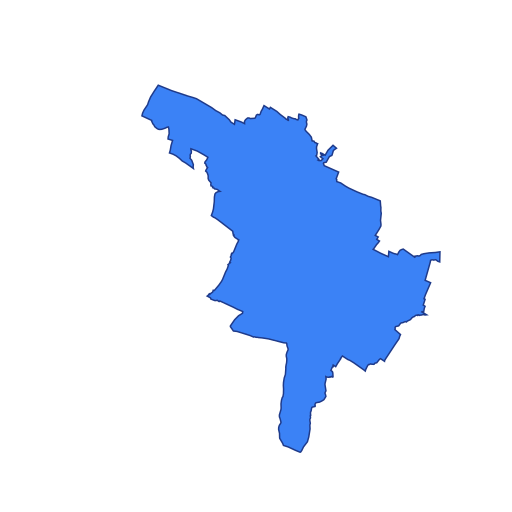 the district of Glavanesti, Bacau, Romania, rotated 213°
{"feature_id": "2599482B83875857219872", "entity_name": "Glavanesti", "entity_type": "district", "adm_level": 2, "iso_a3": "ROU", "parent_name": "Romania", "parent_adm1": "Bacau", "projection": "robinson", "projection_center": [27.377, 46.271], "detail": "fine", "context": "isolated", "style": "filled", "palette": "blue", "viewbox_px": 512, "rotation_deg": 213, "n_neighbors": 0, "source": "geoboundaries", "source_scale": "gbopen_adm2", "svg_char_len": 6098}
<svg xmlns="http://www.w3.org/2000/svg" viewBox="0 0 512 512"><g transform="rotate(213 256 256)"><path d="M431.0,346.0L431.1,339.0L431.0,332.0L430.1,326.8L429.3,323.9L429.4,317.4L428.9,314.0L428.0,311.4L417.3,312.9L417.0,312.3L414.5,310.7L412.6,310.1L411.4,309.3L408.6,309.0L407.0,309.1L405.8,309.6L404.1,310.9L401.9,313.6L400.7,315.6L399.7,316.5L398.0,314.8L395.4,311.2L394.5,308.1L393.5,306.2L388.9,307.5L387.4,302.4L385.5,298.0L384.7,295.3L381.0,296.2L377.5,296.5L373.5,296.2L369.7,295.5L365.7,295.7L356.2,295.3L357.1,296.2L358.3,298.5L362.1,301.3L364.6,302.0L365.1,303.5L365.7,304.0L366.3,305.1L366.5,305.6L366.3,307.0L367.4,308.9L368.3,309.4L369.0,310.5L362.5,312.0L354.8,312.5L350.1,312.6L349.7,309.9L350.0,307.3L349.6,306.0L348.0,305.7L347.4,305.2L347.3,304.9L346.6,304.7L346.0,304.0L344.8,303.9L344.7,300.7L344.5,299.8L342.7,299.5L340.5,297.9L339.7,297.1L338.3,294.9L337.0,293.9L333.6,292.9L332.7,291.1L331.9,290.3L331.4,290.6L330.0,290.6L329.6,289.7L328.0,290.1L327.7,289.8L327.3,289.7L325.0,290.7L321.4,290.6L322.8,289.4L324.0,287.4L324.2,285.7L323.0,282.8L320.5,278.7L317.3,272.2L316.3,269.2L315.5,265.6L312.9,265.4L311.0,265.7L307.7,265.6L289.0,264.1L287.2,262.0L286.4,261.9L285.9,261.6L286.2,261.1L285.0,260.5L283.7,260.1L279.2,260.1L279.2,259.2L278.8,258.6L278.6,255.6L277.0,247.2L277.3,245.1L277.8,245.1L277.8,244.6L277.5,243.6L277.1,243.3L276.9,241.2L276.4,241.1L275.6,240.5L274.9,238.5L274.7,236.4L273.9,236.4L274.8,233.4L274.0,233.0L273.1,229.3L272.8,226.0L271.3,218.2L271.1,215.9L271.3,211.2L272.1,204.8L272.3,204.2L273.2,204.0L272.7,202.1L273.8,199.4L273.8,198.6L274.5,198.9L274.7,198.3L274.7,196.9L275.1,195.8L271.4,196.1L270.4,195.3L266.2,196.2L265.2,196.9L264.5,197.7L262.1,197.7L261.8,198.6L247.2,200.7L242.1,201.2L241.5,201.4L236.9,202.2L236.1,200.6L238.1,196.4L238.4,194.9L239.2,190.9L239.4,183.4L239.0,182.8L234.1,180.8L230.8,182.4L217.6,186.1L213.9,186.7L213.7,187.1L213.0,187.5L211.8,187.8L210.1,188.8L209.6,188.9L206.4,190.6L200.4,193.3L185.5,198.3L183.1,199.6L182.7,199.5L181.0,197.5L178.6,195.7L178.0,194.8L177.6,192.2L176.9,189.8L176.1,188.5L174.3,186.7L173.3,185.2L172.1,182.9L171.5,181.2L170.5,179.0L169.7,177.9L166.8,172.6L165.9,169.1L164.1,165.0L162.6,162.4L160.4,159.4L158.0,155.5L156.8,152.7L156.9,151.7L156.1,149.0L154.5,145.6L152.2,142.3L151.5,141.0L149.8,135.4L148.7,133.8L147.2,132.7L144.5,130.2L144.2,129.2L144.2,126.7L143.6,124.6L142.6,122.9L139.7,120.1L137.3,116.6L136.8,116.0L131.6,113.4L129.8,112.1L125.0,113.4L117.1,114.5L112.4,115.4L111.8,115.8L111.7,117.8L112.2,121.8L111.7,128.2L113.2,133.0L116.5,140.4L118.8,143.6L119.3,145.2L121.2,147.3L121.9,148.3L122.1,149.8L122.6,150.6L123.5,151.5L123.4,152.4L124.0,152.8L125.3,154.9L125.4,156.1L126.2,157.9L126.7,159.4L126.4,160.0L124.5,162.0L124.8,162.7L125.5,163.1L125.9,164.7L125.9,165.2L125.3,166.1L123.2,168.0L121.9,170.1L120.9,172.2L120.8,172.8L120.9,176.3L122.1,177.5L123.4,178.5L123.7,179.2L123.9,181.0L128.1,185.7L128.7,186.8L130.2,191.0L131.7,192.9L130.7,193.0L128.6,194.1L128.5,194.5L127.8,194.9L127.9,195.1L127.2,195.6L126.9,196.2L126.1,196.0L125.6,196.6L128.0,199.9L128.9,200.4L129.0,200.7L130.8,200.8L131.5,204.1L131.3,204.6L131.0,204.8L131.1,205.6L131.6,205.7L131.9,206.6L128.9,206.6L129.1,210.1L129.0,216.1L129.3,216.2L129.1,219.2L122.5,219.2L120.4,219.6L115.9,219.7L103.3,219.2L101.7,219.0L102.3,221.2L102.2,221.7L102.5,222.5L102.5,223.8L102.7,224.7L102.5,226.3L101.8,226.7L101.2,227.9L100.2,228.2L98.2,229.3L98.0,229.6L97.9,230.9L96.6,232.2L96.2,236.3L95.7,237.7L90.9,237.7L91.2,238.3L91.3,240.6L91.2,256.9L91.0,264.5L91.8,267.1L92.0,268.8L99.4,269.9L99.6,270.7L100.4,271.7L100.5,272.8L98.3,275.1L98.1,278.1L97.7,279.1L96.6,280.0L95.2,282.2L93.9,282.6L93.7,283.7L91.8,286.8L91.6,288.9L90.9,290.7L90.3,291.3L89.7,293.2L88.7,294.2L88.1,294.1L87.9,294.3L88.1,294.8L87.5,295.3L86.6,295.2L86.3,295.7L85.5,296.2L83.8,298.0L82.1,298.6L80.9,299.6L86.5,299.4L86.4,299.9L84.8,300.1L86.4,303.9L86.8,305.9L89.0,305.9L90.6,311.8L91.8,311.6L92.8,315.8L95.0,328.7L100.9,327.7L106.4,345.4L107.2,347.4L106.8,348.2L105.5,349.2L104.8,349.3L103.5,350.6L102.6,350.8L100.7,350.6L98.7,351.1L104.0,359.7L107.4,356.7L112.5,352.9L116.4,349.4L118.3,347.3L118.5,345.9L119.0,345.1L119.5,344.6L120.6,344.2L122.7,342.3L122.1,341.9L122.2,341.4L136.3,342.0L137.3,340.8L138.2,339.4L138.4,337.3L138.1,334.2L139.8,333.9L140.9,333.4L142.9,332.9L147.1,332.3L144.6,327.5L153.0,326.2L161.4,325.4L161.2,326.8L161.1,331.1L160.7,333.6L160.6,335.8L163.8,335.7L163.9,338.5L167.2,338.2L167.3,345.3L167.6,349.2L168.5,350.7L171.0,353.7L174.2,360.0L175.8,361.7L177.8,364.9L178.6,365.7L181.8,369.9L190.9,368.2L194.5,367.1L198.2,366.7L199.6,366.1L206.2,364.8L215.3,363.5L219.2,363.3L224.7,363.4L228.8,362.4L229.3,363.0L229.9,364.1L230.8,364.4L232.4,371.4L248.0,368.9L249.9,370.4L250.0,371.0L249.6,371.6L248.2,372.9L248.6,378.9L248.3,379.9L247.2,381.6L247.2,382.1L248.5,386.4L248.3,387.6L247.2,390.2L251.7,390.8L253.2,383.9L252.9,378.2L256.7,378.0L256.7,377.7L257.9,377.6L257.5,376.9L256.7,376.9L256.4,376.6L255.0,376.6L255.5,376.1L256.1,374.3L252.8,374.0L253.4,371.5L255.1,370.3L256.3,370.2L255.9,371.3L260.2,372.6L260.0,373.0L260.0,373.6L261.1,376.1L263.7,379.0L264.7,380.6L265.5,383.8L266.4,383.4L267.3,383.6L268.5,383.2L270.0,383.9L271.6,383.1L274.3,385.8L277.6,387.0L281.9,387.9L283.7,388.6L284.0,389.1L284.4,392.4L285.2,394.4L286.1,395.1L287.2,396.6L287.3,397.8L290.0,399.9L294.3,399.2L297.2,398.4L297.0,397.5L296.0,395.7L295.1,394.8L295.2,394.2L295.0,392.9L296.6,392.4L297.7,392.5L299.0,391.8L301.6,391.1L302.6,391.1L304.9,390.4L304.5,388.9L303.6,388.5L302.9,387.7L302.7,387.4L303.1,387.2L303.9,387.4L305.4,387.1L305.8,387.4L312.9,387.9L317.3,388.6L324.9,388.5L324.8,386.6L331.2,386.5L330.6,382.5L330.5,380.2L329.8,377.4L329.9,376.5L330.2,376.2L331.8,375.6L332.4,374.4L331.9,371.9L332.0,370.9L335.6,368.2L336.9,368.0L338.1,367.3L338.4,366.6L339.0,364.6L339.0,363.5L338.9,362.5L337.7,360.8L341.7,360.3L347.7,358.9L345.8,354.7L349.9,354.6L352.6,355.7L358.7,356.8L360.9,356.0L364.2,356.4L369.0,356.0L374.0,356.3L391.6,355.5L395.1,354.6L400.7,352.9L416.9,348.7L431.0,346.0Z" fill="#3b82f6" stroke="#1e3a8a" stroke-width="1.5"/></g></svg>